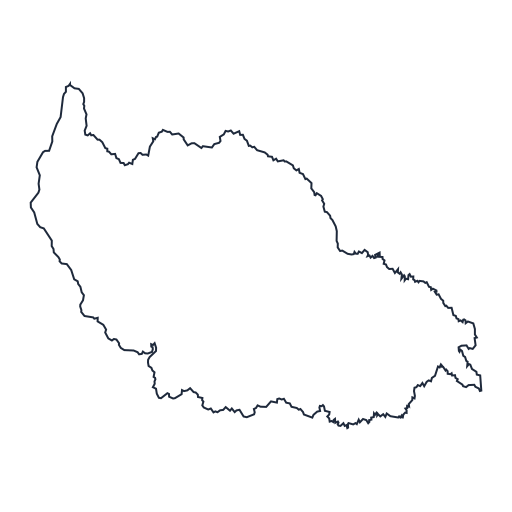 outline of Cajibío, Cauca, Colombia
{"feature_id": "7082276B54436910707179", "entity_name": "Cajibío", "entity_type": "district", "adm_level": 2, "iso_a3": "COL", "parent_name": "Colombia", "parent_adm1": "Cauca", "projection": "equal_earth", "projection_center": [-76.672, 2.658], "detail": "fine", "context": "isolated", "style": "outline", "palette": "slate", "viewbox_px": 512, "rotation_deg": 0, "n_neighbors": 0, "source": "geoboundaries", "source_scale": "gbopen_adm2", "svg_char_len": 6033}
<svg xmlns="http://www.w3.org/2000/svg" viewBox="0 0 512 512"><path d="M369.1,420.2L371.4,419.6L371.2,417.6L373.7,417.1L374.0,413.4L375.0,414.8L376.6,412.5L377.2,413.0L377.2,415.4L378.1,414.2L380.3,416.4L383.2,414.2L385.3,416.9L386.7,413.5L390.4,416.2L398.2,417.5L399.1,416.4L400.2,417.5L401.5,415.7L402.0,417.4L402.8,417.5L403.3,414.6L405.2,412.6L406.6,412.9L406.6,410.3L405.4,408.5L407.0,408.1L407.1,406.3L407.9,406.9L408.4,405.3L409.0,405.9L408.8,404.0L412.3,400.1L412.4,397.4L414.5,398.4L414.9,395.9L414.0,391.1L414.5,387.7L416.4,387.2L417.8,385.1L420.2,386.1L422.4,383.0L424.2,386.2L426.7,381.8L428.7,380.4L431.0,381.3L431.9,377.9L435.0,375.8L438.0,366.5L439.6,367.4L440.9,364.4L442.0,365.7L441.7,366.7L443.1,366.8L445.5,370.5L446.2,369.6L447.6,371.2L447.7,373.8L450.5,374.2L451.6,373.3L452.1,375.5L455.0,375.2L455.5,377.9L457.7,379.2L456.9,381.0L462.4,384.6L463.1,386.2L466.1,387.1L468.6,385.1L474.3,384.8L475.4,386.8L478.9,388.5L479.9,391.0L481.3,390.6L480.2,375.4L476.8,374.6L476.4,371.8L472.0,369.0L470.3,364.7L469.0,364.1L467.2,366.2L467.6,361.7L466.3,360.9L465.1,357.0L463.3,355.8L462.0,351.0L460.4,349.7L459.5,351.8L458.9,350.9L458.6,347.3L461.5,345.7L466.5,345.4L468.7,348.9L469.7,348.1L472.7,348.9L475.6,345.3L474.6,338.1L476.8,337.5L474.9,334.5L474.9,329.0L473.3,323.4L467.9,321.5L465.7,323.2L465.5,320.4L464.1,319.4L463.2,319.7L462.6,322.1L460.6,320.4L458.7,321.2L458.4,319.1L456.5,318.4L455.8,315.9L453.4,315.1L451.6,307.8L448.2,307.9L446.3,305.7L445.3,306.1L443.3,303.0L443.2,300.7L441.0,298.9L438.6,294.3L436.7,294.7L434.9,291.9L436.5,291.6L436.4,290.5L432.9,288.7L431.2,289.9L430.8,287.2L429.0,286.8L426.7,282.2L425.3,282.9L423.5,281.4L419.5,280.9L418.5,282.3L417.3,280.8L415.1,281.8L414.6,280.2L413.2,279.4L413.3,276.5L410.9,276.7L409.6,274.1L408.5,275.1L408.1,279.2L405.9,278.7L404.7,280.3L404.8,276.3L404.1,275.3L401.4,278.8L401.9,274.5L400.6,272.3L399.7,273.8L397.8,272.4L398.0,269.2L394.9,273.0L392.6,268.8L389.2,269.0L387.0,267.1L386.0,264.5L383.7,263.8L384.5,260.4L382.6,259.0L382.5,257.0L377.4,256.7L378.1,254.7L379.7,254.8L379.6,252.6L375.1,254.9L375.6,257.6L374.1,258.1L372.5,255.9L370.6,257.6L369.5,255.5L367.5,256.2L368.1,254.9L367.7,252.2L364.6,249.9L361.9,253.1L358.9,251.5L357.7,253.8L355.9,253.7L354.5,251.9L353.8,254.1L351.6,254.5L347.6,253.8L342.3,250.6L340.1,251.0L337.7,247.4L337.8,243.6L336.6,240.9L336.8,231.2L335.7,226.4L332.4,220.0L330.5,218.1L330.1,215.7L326.9,212.1L324.8,211.7L323.4,206.6L324.2,203.8L322.1,200.4L322.8,199.2L321.1,195.9L316.8,193.2L315.5,195.3L314.6,195.0L314.2,192.2L311.3,188.4L311.5,183.1L306.7,178.6L305.4,179.1L303.0,174.1L299.6,172.8L298.8,169.0L296.4,170.4L293.8,168.3L292.9,165.4L286.3,161.4L284.7,161.5L283.6,160.3L277.8,161.4L276.1,158.7L273.4,160.3L272.0,156.8L268.0,156.3L267.6,154.7L264.7,152.4L257.1,150.2L254.2,146.8L252.3,147.3L250.2,145.6L248.8,145.9L246.9,140.7L244.5,138.9L242.9,134.8L240.2,134.9L239.2,131.2L233.6,133.7L230.8,130.5L228.1,131.5L225.6,130.9L223.8,134.4L219.8,136.9L220.5,141.0L219.1,142.8L214.3,144.1L211.9,147.5L202.9,146.2L201.4,148.0L194.4,143.2L191.6,143.3L187.7,145.4L183.7,139.4L183.6,137.5L178.6,133.5L172.2,134.5L169.9,131.8L167.5,131.9L162.9,129.9L161.8,131.7L158.8,132.7L157.2,136.6L156.0,137.0L154.9,139.3L152.8,138.3L153.3,141.3L149.9,146.6L148.2,155.6L146.3,154.5L142.5,154.8L140.6,153.0L138.5,153.2L135.0,158.9L132.9,159.8L132.3,164.0L129.1,162.7L127.9,164.2L124.8,165.2L123.6,163.0L120.5,162.9L118.9,159.2L116.4,158.1L115.1,153.9L111.3,154.3L109.0,151.7L107.3,151.3L107.3,148.7L105.3,148.1L102.3,142.2L99.5,139.7L97.6,139.7L93.4,135.0L91.2,135.3L90.1,133.3L87.7,135.4L85.3,134.6L84.7,130.6L86.6,125.8L85.7,118.4L86.5,114.4L84.0,108.5L84.3,105.8L83.3,104.1L84.1,101.9L84.1,98.1L82.6,93.3L78.8,88.9L74.5,88.3L70.0,85.0L70.0,83.9L68.6,85.9L65.9,87.0L65.9,91.8L64.0,93.9L63.0,97.1L60.6,117.1L56.8,123.9L52.2,136.3L52.3,141.5L49.1,150.8L45.0,150.9L43.0,152.2L37.4,161.8L36.6,167.3L39.8,175.3L38.6,183.7L39.4,189.6L38.4,192.7L30.7,202.6L30.9,207.5L34.2,212.4L37.3,223.9L40.2,227.2L43.8,228.4L51.8,240.6L51.7,246.1L53.5,249.0L53.8,252.4L58.4,257.1L59.8,259.5L59.6,261.3L61.7,263.5L66.8,264.1L71.2,270.0L74.2,279.3L77.7,281.3L78.2,284.0L80.4,286.8L81.7,292.3L83.9,295.2L83.0,300.3L80.3,304.6L80.2,306.5L81.4,310.2L81.2,311.9L84.5,316.0L93.2,317.4L94.3,318.7L97.7,317.8L97.6,321.4L103.3,324.8L106.1,329.6L105.2,332.5L108.3,338.4L111.9,340.5L113.9,339.0L116.4,339.5L119.1,343.3L118.9,344.8L120.8,347.9L124.3,350.1L133.6,350.5L137.6,352.2L139.1,354.3L141.8,353.9L142.9,351.6L145.1,353.3L147.8,353.5L152.0,351.9L152.8,349.2L152.6,347.3L151.3,346.6L151.2,344.2L153.0,345.0L154.6,343.2L156.1,347.7L156.0,351.0L149.6,357.1L148.1,359.8L148.0,362.5L148.6,366.0L151.4,367.8L152.4,370.5L154.5,372.3L153.6,376.9L155.1,377.9L155.4,379.3L154.5,381.4L154.7,383.8L152.9,387.2L156.0,388.7L156.8,393.7L158.9,397.8L161.0,398.2L167.4,393.2L169.0,394.0L169.1,396.7L173.1,398.5L174.9,398.2L181.6,394.2L182.0,390.1L184.0,391.1L187.3,390.4L190.1,388.2L193.6,392.1L195.7,392.5L197.8,394.6L198.0,397.0L202.4,398.0L202.1,400.1L203.4,401.6L202.3,405.4L203.8,407.5L208.2,409.5L210.8,408.5L213.5,412.4L215.3,411.4L217.5,412.2L220.1,410.3L223.2,409.9L225.7,407.1L230.0,410.7L231.8,408.5L234.7,412.1L236.5,410.4L239.5,409.8L243.6,416.5L246.8,417.2L254.1,414.3L254.7,412.3L253.9,409.0L256.0,408.0L257.6,405.4L260.5,406.7L266.2,406.9L271.0,401.4L276.9,402.6L277.3,399.1L279.2,398.5L281.7,399.5L283.9,398.8L286.2,402.7L289.8,403.4L291.5,406.8L296.8,408.0L298.8,409.7L300.4,409.0L303.0,412.0L303.9,414.5L312.3,417.6L313.5,414.8L317.2,411.6L320.1,411.0L319.4,407.5L319.9,405.9L321.7,406.2L322.9,405.1L324.0,406.4L324.9,410.8L329.6,412.0L329.2,414.5L327.3,416.5L329.2,418.4L329.7,421.6L331.6,421.0L333.2,422.0L333.7,419.9L335.0,418.9L335.3,422.8L337.9,421.5L338.5,422.6L337.7,424.3L338.5,425.6L340.5,425.9L343.4,423.2L344.7,425.9L346.5,425.1L347.3,428.1L348.1,427.6L347.9,424.1L348.5,423.1L353.2,424.4L355.5,423.1L356.8,424.1L358.7,419.7L359.9,422.3L363.0,419.0L366.3,420.1L368.2,423.2L369.4,421.9L369.1,420.2Z" fill="none" stroke="#1e293b" stroke-width="2"/></svg>